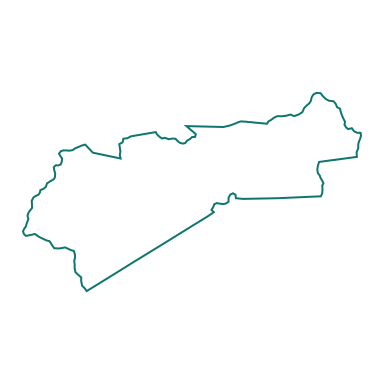 outline of Paramoti, Ceará, Brazil
{"feature_id": "56859067B60810447740053", "entity_name": "Paramoti", "entity_type": "district", "adm_level": 2, "iso_a3": "BRA", "parent_name": "Brazil", "parent_adm1": "Ceará", "projection": "mercator", "projection_center": [-39.374, -4.17], "detail": "fine", "context": "isolated", "style": "outline", "palette": "teal", "viewbox_px": 384, "rotation_deg": 0, "n_neighbors": 0, "source": "geoboundaries", "source_scale": "gbopen_adm2", "svg_char_len": 2320}
<svg xmlns="http://www.w3.org/2000/svg" viewBox="0 0 384 384"><path d="M223.5,127.0L186.4,126.1L195.8,134.1L195.1,136.9L192.0,137.1L189.9,139.1L187.1,140.6L185.2,143.1L182.6,143.6L179.7,142.7L177.5,140.9L175.5,138.8L172.8,138.5L168.7,139.2L164.9,137.8L161.9,138.5L159.4,136.7L156.9,134.3L155.8,132.1L131.0,136.3L127.4,138.2L123.4,138.7L122.6,142.3L119.3,144.1L119.7,146.9L120.4,151.5L119.8,155.0L120.6,158.5L92.9,152.7L85.2,144.6L81.8,145.5L78.8,146.9L75.2,148.3L72.7,150.1L69.1,150.7L66.0,150.4L63.4,150.4L61.0,151.1L59.0,153.6L60.4,156.2L62.1,158.4L61.8,161.6L60.7,164.5L58.4,165.4L55.7,165.3L53.8,167.2L54.2,169.9L55.2,173.5L54.9,177.3L53.7,179.3L50.7,181.0L47.0,183.4L45.8,186.9L43.7,188.7L40.4,190.1L39.9,192.5L38.5,194.7L35.8,195.9L33.5,197.4L31.7,200.9L32.0,204.1L32.1,207.9L30.1,210.4L28.3,213.1L27.5,215.9L28.4,219.0L26.8,223.1L25.7,226.7L24.3,228.6L23.0,231.3L23.9,234.0L25.9,235.9L30.6,235.0L34.9,234.0L39.3,237.0L46.4,240.4L49.5,241.2L52.1,245.1L54.2,248.2L58.7,248.5L61.7,248.1L65.1,247.4L70.7,250.0L73.9,251.0L75.0,255.0L75.1,257.4L74.2,260.9L74.7,264.6L74.6,267.4L74.9,269.8L75.5,272.2L77.3,274.0L81.2,277.4L81.2,281.3L82.2,285.9L84.4,287.9L86.7,291.1L117.3,272.2L132.5,262.7L166.1,242.1L193.8,224.9L207.3,216.6L213.8,212.2L211.5,209.9L213.2,207.2L214.3,204.2L216.8,203.1L220.1,203.7L223.1,204.1L225.7,203.6L228.5,201.8L228.6,197.6L230.3,194.6L233.0,193.3L235.5,194.7L235.9,198.2L243.0,198.9L277.8,198.2L320.9,196.3L322.2,193.4L322.5,189.7L322.2,185.6L323.5,183.3L322.0,180.3L320.6,178.0L319.7,175.4L317.9,173.2L317.3,169.6L317.8,166.1L319.1,161.9L356.9,156.9L356.6,152.3L358.2,148.3L358.3,144.0L359.1,141.2L360.1,138.9L361.0,135.6L360.6,132.8L357.3,132.8L354.1,131.3L351.8,128.2L348.1,129.1L346.2,127.5L344.5,124.9L345.0,121.7L343.1,118.1L341.8,114.9L340.7,111.7L340.0,108.7L337.1,107.2L335.8,104.0L333.6,101.3L328.9,100.7L325.8,99.0L323.0,96.3L320.6,93.2L316.4,92.9L313.4,94.5L311.7,97.2L310.8,101.0L309.3,103.3L307.0,105.2L304.2,108.0L302.3,112.2L298.7,114.5L294.2,116.1L290.5,114.6L285.8,115.8L281.2,116.3L277.6,116.1L274.2,117.6L271.1,119.9L268.5,121.4L267.0,123.7L264.6,123.5L261.3,123.2L257.9,122.9L254.7,122.6L251.8,122.2L248.8,122.1L246.2,121.7L243.6,121.6L240.9,121.4L238.3,122.2L235.6,123.4L231.6,124.9L228.8,125.8L226.5,126.3L223.5,127.0Z" fill="none" stroke="#0f766e" stroke-width="2"/></svg>